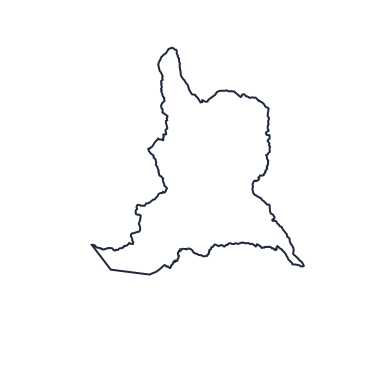 Tarata, Tacna, Peru (Equal Earth projection), rotated 142°
{"feature_id": "86281439B57455266090466", "entity_name": "Tarata", "entity_type": "district", "adm_level": 2, "iso_a3": "PER", "parent_name": "Peru", "parent_adm1": "Tacna", "projection": "equal_earth", "projection_center": [-69.943, -17.407], "detail": "fine", "context": "isolated", "style": "outline", "palette": "slate", "viewbox_px": 384, "rotation_deg": 142, "n_neighbors": 0, "source": "geoboundaries", "source_scale": "gbopen_adm2", "svg_char_len": 6057}
<svg xmlns="http://www.w3.org/2000/svg" viewBox="0 0 384 384"><g transform="rotate(142 192 192)"><path d="M80.2,210.6L80.5,211.9L81.3,213.3L81.6,214.4L81.2,216.5L81.5,219.3L82.0,220.0L82.6,221.9L83.4,222.6L83.4,223.1L83.1,223.1L83.7,225.9L83.7,227.0L86.5,229.6L88.6,230.7L89.5,233.2L90.4,233.9L90.6,236.5L91.1,237.3L92.9,237.7L94.5,236.7L95.1,236.9L95.5,237.9L96.0,240.9L96.6,242.9L96.7,244.8L97.4,245.9L98.6,246.6L99.1,247.5L100.6,248.2L101.6,249.4L101.8,250.4L102.2,250.8L103.4,251.3L108.1,254.8L110.8,255.4L114.2,254.3L121.2,254.6L123.0,254.3L124.1,253.7L125.1,254.3L126.1,255.4L127.3,258.0L128.7,256.6L130.1,257.4L129.5,263.1L130.0,265.0L129.6,266.4L131.8,269.0L131.8,270.3L131.2,274.8L130.4,276.4L129.5,279.3L129.6,281.9L129.2,284.9L129.5,286.7L129.1,290.1L128.5,291.6L127.4,293.1L124.7,298.1L123.6,299.6L122.6,300.4L121.5,303.4L120.0,305.1L120.2,306.4L119.8,307.5L119.1,308.3L119.0,309.9L118.2,311.4L117.1,312.3L117.0,313.9L117.9,315.0L118.2,316.7L118.8,317.9L122.3,319.1L127.0,317.4L129.2,317.6L133.2,317.2L134.2,316.4L135.3,316.1L135.9,315.4L136.9,315.3L138.5,314.5L140.2,313.1L142.9,307.4L142.8,305.4L143.6,302.2L144.1,300.9L145.1,300.5L146.0,298.5L147.7,298.6L148.8,297.3L149.2,296.2L149.8,296.1L151.4,292.9L152.9,292.4L153.2,290.7L154.2,290.5L154.7,288.5L156.1,285.3L155.9,283.1L156.8,282.5L157.3,281.1L157.8,280.6L160.8,280.4L163.1,279.2L164.4,277.0L164.3,275.2L166.4,272.6L165.8,271.5L164.6,266.9L165.4,266.1L166.5,265.8L167.3,263.9L168.9,264.0L170.2,262.0L171.9,257.9L172.5,257.2L173.5,257.4L175.2,256.7L176.6,253.5L177.3,253.5L179.0,255.0L179.8,254.3L179.9,253.1L181.2,252.6L182.1,251.0L182.7,250.6L183.1,250.7L183.4,252.0L185.1,253.0L185.8,254.9L186.4,254.5L188.6,254.5L191.6,253.7L195.2,252.3L196.8,252.5L197.9,252.2L199.8,253.0L200.8,250.7L200.7,247.2L199.9,244.9L200.2,243.6L201.1,242.9L200.7,240.7L200.7,239.9L201.6,238.4L202.0,237.3L203.8,235.6L203.9,233.0L204.7,231.2L204.8,230.1L205.4,229.0L206.0,228.7L206.3,227.4L207.3,226.0L207.3,224.4L206.6,223.1L206.7,221.6L206.4,220.4L207.6,219.5L208.1,218.7L209.2,215.1L209.8,214.2L209.4,210.7L209.6,210.2L211.4,209.6L212.4,208.7L214.1,208.5L214.8,210.0L216.1,209.5L217.0,210.4L218.3,210.8L219.9,210.9L221.6,209.9L224.3,209.7L225.6,209.0L227.4,209.9L232.6,209.8L235.5,211.2L237.3,210.3L238.6,210.7L239.2,211.6L240.9,212.9L241.3,214.0L242.6,215.2L243.7,215.2L245.0,214.3L245.7,212.3L247.2,212.3L247.9,211.9L249.7,209.5L249.4,208.4L247.2,205.9L247.0,204.7L249.2,203.0L249.6,202.2L253.3,199.8L253.7,199.3L253.8,198.1L254.7,196.1L256.0,194.2L258.0,193.3L260.0,194.3L263.6,195.5L264.5,196.3L266.3,196.0L267.4,194.8L267.4,193.8L268.3,191.4L269.0,190.5L269.1,188.9L270.4,187.4L271.8,188.5L273.0,190.5L274.0,190.0L274.9,190.1L275.9,189.9L277.0,190.2L277.8,190.8L278.4,190.7L278.8,191.2L280.2,190.7L280.9,190.9L281.4,190.8L283.3,191.9L284.6,192.3L285.6,191.9L286.6,192.3L287.4,193.2L288.7,193.2L289.4,194.4L289.6,196.7L290.6,198.0L292.3,199.0L293.0,199.8L293.9,199.8L295.7,200.7L296.9,200.9L298.0,202.5L298.5,202.7L298.7,203.5L298.6,204.0L299.1,204.2L299.5,205.1L300.4,205.8L301.4,207.6L301.5,210.0L302.4,210.9L302.6,211.6L303.5,212.0L303.8,180.8L276.3,153.1L269.0,151.1L265.9,151.0L258.7,151.4L257.9,149.8L258.1,149.0L256.9,148.3L257.0,147.4L256.3,146.4L256.3,145.7L255.9,145.6L255.0,145.8L253.6,147.0L252.3,146.8L251.1,147.5L250.4,147.5L249.9,148.2L249.4,147.9L248.9,148.3L248.1,147.4L247.3,148.3L246.2,146.9L245.8,146.9L244.7,148.0L243.6,148.1L242.5,149.3L241.6,149.5L241.5,150.2L241.7,150.9L240.7,152.7L239.2,153.1L238.4,152.9L238.4,153.5L237.7,153.4L236.7,154.1L236.3,152.9L235.4,153.3L234.5,153.1L232.0,150.9L231.7,150.1L230.4,150.2L228.8,148.9L228.2,147.8L227.7,146.0L228.0,143.1L226.9,141.0L226.0,140.0L225.6,138.5L224.5,137.1L223.6,136.6L223.2,135.7L223.0,134.8L221.5,133.5L219.4,132.4L218.8,132.5L218.4,133.1L216.6,133.0L215.5,134.5L214.4,134.7L214.1,135.6L212.2,135.3L210.8,136.5L210.0,136.1L208.8,136.0L207.6,136.5L206.2,136.5L204.2,132.8L201.5,132.2L200.8,131.1L200.5,129.5L199.9,129.0L197.9,129.3L196.7,128.9L196.6,128.5L196.1,128.7L194.0,128.6L193.2,127.8L192.6,126.6L191.1,125.2L189.2,124.8L187.7,122.7L183.8,121.5L183.5,120.9L182.8,120.7L181.8,118.9L179.2,117.2L178.8,116.7L178.7,115.9L178.4,115.4L176.4,114.1L175.3,109.8L174.8,109.7L173.4,110.8L172.9,110.7L171.8,108.2L171.8,107.4L171.4,106.8L171.6,105.5L171.3,104.8L170.2,104.6L169.3,103.7L168.4,103.9L165.4,101.4L164.6,101.2L163.8,99.7L163.7,98.6L163.2,98.2L163.4,98.0L162.5,97.1L162.6,96.4L162.3,95.3L161.8,94.8L161.6,94.7L161.4,95.5L160.9,95.5L160.7,94.9L160.0,95.3L159.2,96.5L157.9,96.7L157.6,95.3L157.5,93.8L156.5,91.1L156.7,90.6L156.3,87.0L156.4,84.9L156.7,84.4L157.0,81.7L157.6,79.5L156.9,74.5L157.4,73.1L156.3,72.3L153.8,69.7L152.4,67.9L152.2,66.8L151.8,66.2L150.5,65.1L149.6,64.9L149.2,65.3L148.5,69.4L149.3,71.3L149.3,73.7L150.0,78.4L150.4,79.6L150.4,80.7L149.4,82.1L147.6,83.6L146.8,85.1L146.1,87.2L146.1,90.5L145.1,93.4L143.9,95.0L143.9,96.4L144.5,98.0L143.3,100.4L143.5,105.8L143.3,107.9L142.9,108.8L142.9,109.4L143.6,110.5L143.9,111.3L143.7,112.6L144.1,114.6L143.7,117.2L144.6,118.6L145.9,119.3L146.2,120.1L145.7,120.6L143.2,120.6L142.4,121.5L142.2,124.4L143.0,126.1L143.0,127.3L141.9,129.6L139.1,133.6L139.0,134.2L139.1,134.8L140.4,135.6L140.7,136.1L140.9,139.7L141.6,142.4L141.7,145.2L142.7,147.1L144.5,152.2L144.0,154.4L143.3,155.5L142.6,157.3L140.6,158.7L139.5,160.8L136.9,162.3L135.4,162.2L135.4,161.7L134.9,161.2L134.1,160.9L132.0,160.6L130.9,161.3L130.7,162.6L129.5,162.4L128.2,163.1L126.4,161.6L125.1,161.2L124.2,162.0L122.7,161.9L121.6,163.3L120.5,163.4L119.4,164.0L118.7,163.9L118.3,164.4L118.1,165.2L117.4,165.5L117.2,166.0L116.8,165.8L115.9,166.7L114.8,167.1L114.3,168.2L113.7,168.6L112.8,169.9L112.6,169.9L112.4,172.3L111.6,173.1L110.8,175.4L109.2,175.0L107.9,175.6L106.0,175.8L103.8,178.8L102.6,179.6L102.6,181.4L101.2,182.4L100.9,185.8L99.5,186.4L98.3,186.2L96.4,188.2L96.1,189.1L97.6,190.5L98.0,191.2L97.6,192.8L96.7,193.4L93.9,193.1L93.1,195.6L91.3,197.7L90.0,198.1L89.1,200.0L88.1,201.2L86.3,202.2L85.7,203.3L85.7,204.7L85.3,205.8L80.2,210.6Z" fill="none" stroke="#1e293b" stroke-width="2"/></g></svg>